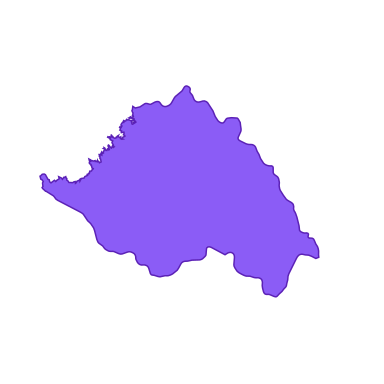 Pedro Santana, La Estrelleta, Dominican Republic (Natural Earth projection), rotated 27°
{"feature_id": "3306468B44690790041357", "entity_name": "Pedro Santana", "entity_type": "district", "adm_level": 2, "iso_a3": "DOM", "parent_name": "Dominican Republic", "parent_adm1": "La Estrelleta", "projection": "natural_earth1", "projection_center": [-71.535, 19.169], "detail": "fine", "context": "isolated", "style": "filled", "palette": "violet", "viewbox_px": 384, "rotation_deg": 27, "n_neighbors": 0, "source": "geoboundaries", "source_scale": "gbopen_adm2", "svg_char_len": 5993}
<svg xmlns="http://www.w3.org/2000/svg" viewBox="0 0 384 384"><g transform="rotate(27 192 192)"><path d="M100.4,142.6L101.5,145.7L101.5,146.7L102.1,147.4L103.5,148.4L104.1,149.7L104.1,150.7L104.9,150.7L105.5,151.4L104.1,153.0L102.9,153.0L102.9,153.7L102.1,154.7L102.9,154.7L104.1,153.7L105.5,153.7L106.3,153.0L106.9,153.0L106.9,154.7L107.5,154.7L107.5,153.7L108.9,154.7L109.7,154.7L110.3,155.3L109.7,156.3L109.7,155.3L108.9,155.3L108.3,156.3L108.9,157.6L108.3,158.6L107.5,158.6L106.9,157.6L106.9,157.0L106.3,157.0L106.3,155.3L104.9,156.3L102.9,156.3L102.1,157.0L100.7,157.0L100.7,158.7L100.1,159.3L98.7,159.3L98.7,160.3L99.6,160.3L99.6,161.0L98.7,161.0L98.7,161.6L98.2,162.6L98.2,164.3L98.7,165.0L99.6,165.0L99.6,166.6L98.2,166.6L98.2,167.3L98.7,167.3L99.6,168.3L99.6,169.6L101.6,169.6L101.6,170.6L102.1,171.2L104.1,169.6L104.9,170.6L104.9,172.2L106.4,172.2L106.9,172.9L105.5,174.5L105.5,176.2L106.4,176.2L105.5,176.9L104.1,176.9L104.1,176.2L103.5,175.2L103.0,176.2L100.7,176.2L100.7,175.2L100.1,176.2L100.2,177.5L99.6,177.5L99.6,178.5L98.7,179.2L96.2,179.2L96.2,178.5L95.4,178.5L93.9,177.5L94.8,179.2L94.8,180.2L93.4,180.2L92.8,180.9L92.0,180.9L92.0,181.5L94.8,181.5L95.3,182.5L98.2,182.5L98.2,184.2L98.8,184.8L100.2,185.5L101.6,187.1L102.1,187.1L101.6,188.1L100.2,187.1L100.2,189.5L99.6,189.5L96.8,188.1L96.2,188.1L96.2,189.0L99.1,191.8L98.7,192.3L97.6,191.7L97.1,191.9L97.3,193.6L96.4,194.0L94.2,192.4L93.6,192.4L94.0,192.8L93.4,193.4L94.8,193.4L94.8,196.8L95.4,197.4L94.8,198.4L93.4,197.4L93.4,199.1L94.0,199.1L94.8,200.1L94.0,200.1L92.8,200.7L92.2,200.7L92.2,200.9L92.8,201.4L93.4,201.4L93.4,202.4L94.0,202.4L94.8,204.0L95.4,204.0L97.4,206.4L96.2,208.0L94.8,207.0L94.0,208.0L93.4,207.0L93.4,208.0L92.8,208.0L92.0,208.7L91.4,208.0L90.0,209.3L88.6,209.4L88.0,210.3L87.2,209.4L85.2,209.4L86.6,211.0L87.2,211.0L87.2,212.7L88.0,213.3L89.5,213.3L90.0,214.3L90.6,214.3L92.0,216.0L93.4,216.0L93.4,216.6L92.9,217.3L92.9,218.9L91.4,219.9L92.0,221.3L92.0,222.3L91.5,222.3L91.5,222.9L90.6,223.9L91.4,224.6L89.5,226.9L89.5,228.6L87.2,230.2L87.2,233.2L86.7,232.5L86.7,230.9L86.5,231.1L86.2,232.7L84.6,234.6L84.6,236.4L84.2,237.2L83.2,235.7L82.2,236.5L81.5,237.8L77.9,239.4L76.4,238.4L74.9,238.2L74.3,236.8L73.4,236.6L72.5,235.6L72.1,236.1L72.0,236.9L71.1,237.1L70.8,239.5L69.1,238.8L66.3,238.9L67.7,240.5L66.3,242.8L65.8,244.5L64.1,244.0L62.2,247.9L60.5,247.5L59.2,245.9L57.9,246.1L53.5,243.1L52.1,243.1L50.5,244.2L49.9,246.2L49.4,246.9L51.4,249.2L52.8,249.2L54.7,250.2L54.7,251.8L56.7,254.8L56.4,256.1L57.3,256.7L61.2,257.8L61.5,257.6L70.0,258.3L71.0,258.6L74.0,260.1L76.2,260.4L100.9,260.6L103.1,260.7L104.8,261.0L105.7,261.4L112.1,265.0L116.0,266.1L120.7,268.7L122.8,270.7L128.7,277.4L130.9,279.3L132.3,279.9L136.9,280.6L139.9,282.1L141.4,282.4L143.5,282.5L145.0,282.4L146.4,281.9L148.5,280.8L149.5,280.5L154.5,280.2L156.1,279.9L157.1,279.4L158.0,278.8L161.7,274.9L163.0,273.8L164.5,273.2L166.5,273.0L168.6,273.2L169.9,273.9L171.0,274.9L172.2,276.9L172.8,277.6L175.4,279.5L176.8,280.1L178.3,280.3L179.8,280.1L182.7,278.6L183.7,278.3L185.2,278.2L186.2,278.4L187.2,278.9L188.1,279.6L192.0,283.6L193.3,284.2L194.1,284.1L196.1,283.4L200.2,282.7L202.0,282.1L205.9,278.9L208.1,277.8L209.0,277.2L210.6,275.6L211.9,273.8L214.3,268.5L214.6,266.2L214.7,262.1L214.8,260.4L215.1,259.3L215.9,258.0L217.0,257.0L219.6,255.5L223.0,252.7L229.5,249.1L230.3,248.5L231.3,247.4L231.8,246.5L232.8,243.7L233.1,242.3L232.9,241.4L230.6,235.8L230.6,234.8L231.3,233.6L232.5,232.9L234.1,232.6L249.9,232.9L251.5,230.2L252.2,229.4L253.4,228.5L254.4,228.1L255.4,228.0L256.4,228.1L257.4,228.5L258.5,229.4L259.1,230.3L259.6,231.2L262.2,237.5L263.0,238.8L264.6,240.1L267.9,242.0L268.9,242.3L270.5,242.6L272.8,242.7L275.6,242.7L277.7,242.5L278.8,242.2L281.8,240.7L286.3,240.0L287.7,239.5L289.8,238.4L290.8,238.1L292.3,238.0L293.8,238.4L294.9,239.4L295.8,240.6L297.1,243.6L298.5,245.6L300.8,248.2L301.7,249.0L302.6,249.5L303.6,249.7L304.6,249.5L307.0,248.3L308.1,248.1L312.4,247.8L313.9,247.5L314.7,247.0L315.2,246.1L316.0,243.2L317.3,239.8L317.9,236.5L318.6,234.3L318.7,233.4L318.6,232.5L317.9,230.2L317.2,226.9L315.8,223.5L315.4,220.9L315.2,203.8L315.3,201.8L315.8,200.0L316.4,198.9L317.8,197.7L318.8,197.3L321.5,196.6L324.6,195.3L327.6,195.0L332.5,195.0L334.6,192.6L333.2,190.4L331.6,187.1L330.0,185.0L328.5,183.6L325.9,182.1L323.2,179.8L322.0,178.9L321.1,178.6L320.2,178.6L319.3,178.9L317.5,179.8L316.3,179.7L315.7,179.2L315.0,176.9L314.8,176.6L314.0,176.2L312.8,176.4L310.9,177.5L309.4,177.9L307.4,178.0L306.5,177.9L305.2,177.3L302.7,173.5L297.0,166.9L294.3,164.3L292.8,163.1L292.0,162.7L291.0,161.9L290.1,160.8L289.3,158.9L288.1,157.4L287.3,156.8L285.7,156.3L280.7,156.0L279.1,155.6L274.8,153.4L270.1,150.6L268.8,149.5L267.4,147.7L266.5,146.3L265.7,144.2L265.1,143.3L263.3,141.0L262.0,140.0L261.1,139.6L257.2,139.0L256.0,138.3L255.4,137.6L253.3,133.5L252.7,132.9L252.3,132.6L251.1,132.6L248.8,133.7L246.8,134.2L244.7,134.3L242.7,133.9L237.9,131.1L234.6,128.1L231.6,126.2L228.3,123.2L227.4,122.7L226.4,122.4L225.4,122.3L223.9,122.5L220.9,123.9L219.9,124.2L218.3,124.5L211.7,124.6L210.2,124.4L209.3,124.0L208.6,123.2L208.3,122.2L208.0,116.2L207.8,115.1L207.1,113.6L205.0,110.6L203.4,108.2L200.4,106.2L199.6,105.8L198.7,105.6L193.4,107.9L190.3,110.0L189.7,110.6L189.3,111.5L188.9,115.0L188.3,116.3L188.0,116.6L187.1,117.0L186.2,117.2L184.7,117.2L182.7,116.7L178.4,114.2L173.8,110.2L165.3,105.3L163.8,105.0L161.8,105.2L160.4,106.0L158.0,108.2L156.7,109.1L155.2,109.5L153.7,109.4L152.7,109.1L151.8,108.6L148.5,105.7L145.1,104.2L144.5,103.5L143.7,101.1L143.0,100.4L142.2,100.0L141.3,99.8L139.9,99.8L139.0,100.0L138.2,100.6L137.7,101.5L137.5,102.5L137.3,105.7L137.1,106.8L133.8,114.5L133.5,116.3L133.3,121.3L133.1,123.1L132.4,124.8L131.4,126.2L130.3,127.4L129.4,128.0L128.4,128.4L127.4,128.6L125.4,128.3L122.9,127.0L122.0,126.7L121.1,126.7L120.1,127.1L119.2,127.7L118.1,128.8L115.5,132.5L114.7,133.0L111.6,133.6L110.4,134.2L109.8,134.9L107.0,139.8L103.3,142.9L100.4,142.6Z" fill="#8b5cf6" stroke="#5b21b6" stroke-width="1.5"/></g></svg>